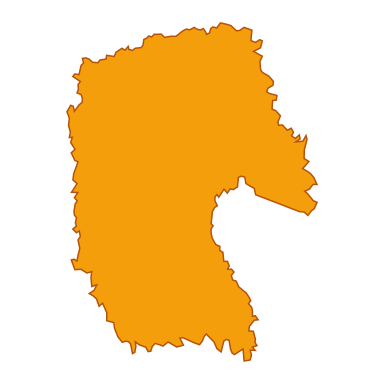 outline of Fontoura Xavier, Rio Grande do Sul, Brazil
{"feature_id": "56859067B33856190340106", "entity_name": "Fontoura Xavier", "entity_type": "district", "adm_level": 2, "iso_a3": "BRA", "parent_name": "Brazil", "parent_adm1": "Rio Grande do Sul", "projection": "equal_earth", "projection_center": [-52.364, -29.018], "detail": "fine", "context": "isolated", "style": "filled", "palette": "amber", "viewbox_px": 384, "rotation_deg": 0, "n_neighbors": 0, "source": "geoboundaries", "source_scale": "gbopen_adm2", "svg_char_len": 3320}
<svg xmlns="http://www.w3.org/2000/svg" viewBox="0 0 384 384"><path d="M244.1,27.4L239.6,30.5L236.5,30.8L233.5,28.1L230.9,25.6L227.8,24.6L223.0,23.4L220.3,23.0L216.8,27.9L212.8,26.9L210.7,28.6L209.6,32.8L206.6,34.4L205.3,31.4L203.3,28.6L200.5,30.0L196.4,29.0L194.4,27.4L189.4,29.9L186.6,29.0L183.1,30.7L175.9,36.3L170.7,36.3L164.6,37.4L161.2,34.1L157.6,34.3L154.2,34.3L151.6,37.0L148.9,35.9L146.6,38.2L143.8,39.5L143.0,45.3L141.1,47.6L135.0,48.3L132.7,50.4L129.0,49.5L128.2,46.4L125.1,50.2L122.0,48.3L116.0,52.2L114.2,56.5L106.6,55.3L106.0,59.1L99.9,60.0L98.1,62.7L92.5,62.3L89.4,59.3L86.0,57.9L82.4,58.4L83.5,63.1L81.1,65.4L79.0,74.5L74.7,74.0L72.8,76.5L80.3,81.5L78.0,84.6L78.4,89.2L77.0,93.0L81.0,94.5L82.4,98.4L82.1,102.4L79.3,104.6L74.4,111.3L73.3,106.3L70.7,105.3L66.9,111.8L68.5,115.7L69.3,118.9L68.5,125.5L70.4,132.2L69.3,137.6L72.3,137.3L70.7,142.5L75.0,149.4L71.2,152.8L74.8,160.3L78.0,161.9L73.7,173.8L72.9,179.9L77.1,183.6L71.5,192.3L77.8,192.5L74.4,197.7L77.2,200.8L75.2,203.9L74.0,211.0L74.3,214.8L76.5,217.8L75.4,222.6L76.3,226.2L72.8,229.1L76.4,232.7L79.3,231.0L80.3,236.5L78.0,240.0L79.8,248.3L78.2,254.7L76.9,261.0L74.1,259.2L71.3,259.9L74.9,269.7L81.0,269.3L86.9,273.0L91.7,271.7L91.0,277.5L91.8,286.5L96.8,284.8L94.1,290.3L89.2,293.6L92.9,295.6L96.5,298.9L99.1,306.3L102.6,303.2L106.8,312.8L106.7,320.7L113.8,322.6L114.5,328.2L118.0,336.9L122.3,342.3L125.6,341.2L128.3,341.6L130.5,343.7L132.5,353.6L134.8,352.3L135.9,346.3L135.3,341.8L139.2,344.8L145.8,347.2L148.1,351.6L150.8,351.2L152.2,346.6L155.1,343.4L160.3,345.0L163.0,346.1L168.1,342.0L176.8,347.0L183.4,345.2L179.9,338.1L183.0,337.7L188.3,340.1L194.2,342.8L199.5,344.7L202.4,341.0L204.0,336.7L206.2,334.0L214.1,342.1L216.9,348.6L221.1,351.9L223.8,341.2L226.2,339.4L229.1,340.3L230.5,349.0L232.1,353.0L234.4,354.6L243.0,349.0L244.1,361.0L250.1,360.0L251.5,355.3L250.2,350.1L255.2,350.4L252.4,347.1L257.0,345.6L255.0,342.5L255.4,338.9L254.2,334.9L253.4,331.3L248.8,330.9L249.4,326.5L254.2,320.2L258.1,319.8L255.3,315.7L252.5,316.4L252.5,311.5L251.7,307.4L248.5,303.6L250.7,300.7L249.3,297.7L246.2,292.9L241.2,288.9L238.6,286.7L236.2,281.1L232.7,280.0L231.3,275.5L234.0,272.0L231.5,269.2L227.7,269.2L229.2,265.9L227.5,261.4L223.8,261.3L222.9,252.3L219.7,250.4L219.9,246.4L215.7,244.5L212.2,238.2L211.2,233.4L211.0,229.1L213.1,225.9L211.1,223.7L211.9,216.6L212.4,211.7L214.6,207.5L217.3,205.7L214.9,200.7L215.0,197.0L216.9,194.5L218.7,197.2L221.3,193.4L224.0,189.2L227.3,193.2L230.2,188.9L233.4,189.6L237.5,186.9L238.4,177.4L241.3,176.2L244.8,177.1L245.9,183.5L250.7,186.5L254.2,188.3L255.7,194.8L272.5,201.2L299.4,211.6L304.2,212.1L307.9,215.4L311.6,210.6L314.2,208.8L317.1,202.4L313.2,200.6L307.4,193.5L304.7,191.2L309.5,189.1L313.0,184.4L317.0,184.5L313.7,177.4L310.7,173.8L308.1,171.8L302.7,168.6L308.9,161.5L304.1,158.5L304.3,149.9L307.0,139.4L306.0,135.6L302.9,141.2L295.8,141.9L300.1,138.9L299.3,134.9L295.2,138.5L291.5,135.8L293.5,132.3L291.2,128.2L287.3,130.3L282.3,124.9L278.7,125.3L277.9,122.2L280.4,115.8L275.7,110.6L272.1,109.2L272.3,104.2L272.7,100.5L276.2,100.1L277.0,95.5L269.2,93.4L266.7,91.7L268.0,88.2L273.0,85.2L273.4,81.4L268.8,76.1L262.5,72.5L260.7,70.0L259.9,61.6L262.3,56.2L253.5,51.4L260.5,47.8L262.3,40.9L259.7,39.7L255.5,42.4L250.9,40.6L251.9,30.2L244.1,27.4Z" fill="#f59e0b" stroke="#b45309" stroke-width="1.5"/></svg>